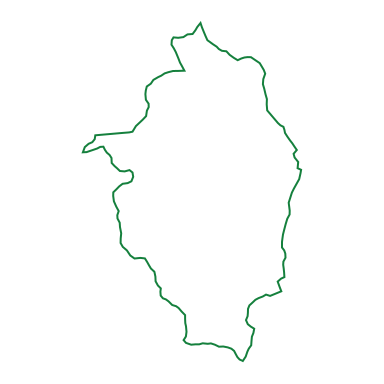 Japoatã, Sergipe, Brazil (orthographic projection)
{"feature_id": "56859067B54321289855838", "entity_name": "Japoatã", "entity_type": "district", "adm_level": 2, "iso_a3": "BRA", "parent_name": "Brazil", "parent_adm1": "Sergipe", "projection": "orthographic", "projection_center": [-36.794, -10.437], "detail": "fine", "context": "isolated", "style": "outline", "palette": "green", "viewbox_px": 384, "rotation_deg": 0, "n_neighbors": 0, "source": "geoboundaries", "source_scale": "gbopen_adm2", "svg_char_len": 2656}
<svg xmlns="http://www.w3.org/2000/svg" viewBox="0 0 384 384"><path d="M214.9,344.7L219.0,346.7L223.3,346.5L227.8,347.4L231.4,348.7L234.1,350.9L235.7,354.0L237.4,357.1L239.6,359.5L242.8,361.0L245.7,356.6L247.4,351.6L248.8,348.6L251.2,345.3L251.5,341.0L251.9,336.7L253.4,333.0L254.2,328.7L250.8,326.6L247.8,324.2L246.0,320.1L247.6,316.2L247.9,312.8L248.0,308.9L249.4,305.4L252.7,302.4L255.4,299.8L258.6,298.1L262.8,296.5L266.0,294.6L270.1,295.9L275.7,293.6L281.3,291.3L279.5,286.6L277.7,281.6L281.1,278.6L284.4,277.1L284.1,272.4L283.7,268.5L283.2,264.8L283.4,261.6L285.5,257.7L285.3,253.6L284.2,250.4L282.0,247.5L282.0,241.9L282.5,238.0L283.0,234.5L284.1,230.1L285.7,224.0L287.3,218.7L289.6,214.5L289.7,210.6L288.7,202.7L291.9,192.6L293.9,188.6L299.2,179.1L300.5,173.3L301.1,169.8L297.6,168.2L298.2,162.0L294.6,157.5L293.6,153.8L296.8,150.0L294.4,146.5L292.3,143.3L290.1,140.5L287.3,136.5L285.0,132.9L284.4,129.8L283.4,126.8L280.4,125.3L277.9,123.0L267.2,110.4L266.7,104.3L266.9,99.1L265.5,94.2L264.2,88.6L262.9,84.2L263.3,79.1L265.2,73.7L263.8,70.0L262.1,67.1L259.7,63.1L254.8,59.8L251.0,57.2L247.6,57.1L244.4,57.5L241.3,58.5L237.7,60.2L233.9,57.9L229.6,54.8L226.4,51.3L221.9,50.8L218.8,49.0L216.7,46.7L212.9,44.2L207.4,40.2L205.6,36.2L203.8,31.9L201.9,27.2L200.5,23.0L197.3,27.0L195.3,30.4L192.6,34.0L187.5,34.4L183.4,37.1L178.2,37.8L173.5,37.4L171.8,40.2L171.5,44.7L173.8,48.3L175.8,52.1L178.4,58.4L180.0,62.6L181.9,66.0L184.4,70.7L178.8,70.9L173.0,71.0L168.3,72.2L164.6,73.4L161.2,75.7L158.2,77.1L153.4,79.9L150.8,83.7L146.8,86.5L145.8,90.5L145.4,94.1L145.9,99.8L148.6,103.7L148.7,107.1L146.9,110.7L146.1,116.1L142.7,119.7L135.9,126.1L132.5,131.7L129.2,132.4L121.7,133.0L95.3,135.3L94.7,139.2L92.3,142.2L88.6,143.8L84.8,147.1L82.9,152.3L86.6,152.1L92.8,150.0L97.2,148.5L100.2,146.9L103.4,146.7L104.9,149.8L106.8,152.6L109.6,155.0L111.5,158.0L111.7,163.0L114.6,166.1L117.0,168.2L119.9,171.0L124.7,171.4L129.5,170.1L132.5,172.5L133.2,176.8L131.4,181.3L127.7,183.1L122.6,183.8L119.2,186.4L116.5,189.2L113.3,192.3L113.2,195.9L113.9,201.3L116.3,206.7L118.7,211.1L117.3,215.2L117.5,218.5L119.7,222.7L120.0,227.1L121.2,233.3L120.7,238.5L120.6,243.0L122.8,246.9L126.9,250.4L130.3,255.5L134.5,258.5L140.3,257.9L144.9,258.4L147.1,261.9L149.0,265.3L150.9,268.5L154.4,271.8L155.4,276.6L155.6,281.3L157.9,285.5L160.8,288.4L160.4,291.7L160.7,295.6L162.9,298.3L165.9,299.4L168.6,301.4L172.2,305.0L176.1,306.2L178.6,308.0L181.5,311.4L185.1,315.1L185.1,319.0L185.3,323.2L186.0,326.3L186.5,331.8L185.9,336.5L183.6,340.1L186.0,342.9L191.2,344.7L195.7,344.3L199.3,344.3L202.7,343.3L207.8,343.8L210.9,343.4L214.9,344.7Z" fill="none" stroke="#15803d" stroke-width="2"/></svg>